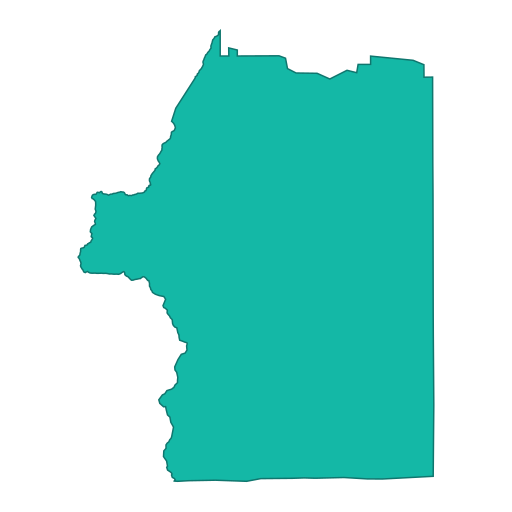 Josephine, Oregon, United States of America (Equal Earth projection)
{"feature_id": "52423323B30410916636748", "entity_name": "Josephine", "entity_type": "district", "adm_level": 2, "iso_a3": "USA", "parent_name": "United States of America", "parent_adm1": "Oregon", "projection": "equal_earth", "projection_center": [-123.844, 42.39], "detail": "fine", "context": "isolated", "style": "filled", "palette": "teal", "viewbox_px": 512, "rotation_deg": 0, "n_neighbors": 0, "source": "geoboundaries", "source_scale": "gbopen_adm2", "svg_char_len": 4887}
<svg xmlns="http://www.w3.org/2000/svg" viewBox="0 0 512 512"><path d="M174.2,481.0L174.5,481.1L177.7,481.3L188.6,480.7L215.4,480.2L218.3,480.3L246.6,481.3L260.8,478.6L292.3,478.3L304.3,477.9L307.5,478.0L314.5,478.2L315.8,478.2L343.9,477.5L367.2,478.9L382.2,479.0L433.2,476.3L433.8,405.0L433.3,334.4L433.2,312.0L433.2,308.9L433.0,195.1L432.8,163.0L432.6,77.1L424.0,77.2L423.9,64.7L413.1,60.3L370.6,56.1L370.6,64.4L358.1,64.4L356.7,72.7L347.0,70.3L329.8,79.0L317.1,73.3L296.1,73.0L287.5,68.6L285.5,58.2L279.0,55.8L237.3,56.0L237.3,50.0L228.7,47.9L228.8,56.0L220.2,56.0L220.2,30.7L220.0,30.9L219.0,31.6L218.5,32.8L218.6,34.5L217.8,35.4L216.3,36.4L215.0,36.7L214.4,37.8L213.8,38.8L212.8,39.8L212.4,41.2L212.0,43.0L211.4,44.5L210.9,46.0L211.0,48.2L209.9,49.6L209.2,51.0L208.0,52.2L207.4,53.1L206.7,54.3L205.8,54.8L205.3,56.0L204.9,57.1L204.2,58.4L204.1,59.2L203.7,60.0L203.4,60.6L203.1,61.3L203.0,62.3L203.1,63.0L203.4,63.6L203.4,64.6L202.8,65.9L202.4,66.8L201.9,67.5L201.5,68.5L201.2,68.7L200.8,69.2L199.9,70.1L199.3,70.8L198.9,72.3L198.2,73.4L197.6,73.7L197.2,74.2L197.3,74.7L197.2,75.4L196.4,76.0L195.2,76.9L195.3,77.6L195.0,78.3L182.5,97.8L175.8,108.2L171.6,121.3L172.5,122.1L173.7,123.4L174.7,125.3L175.3,127.3L175.3,128.3L174.7,129.2L174.4,130.3L173.5,131.0L172.3,131.5L171.4,132.3L171.4,133.0L171.2,134.9L170.6,136.4L170.5,137.9L169.8,139.0L168.8,139.7L168.0,140.4L166.9,141.2L165.7,142.5L164.6,142.9L163.8,143.3L162.9,143.9L162.1,144.9L162.0,146.4L162.2,147.0L162.1,147.8L161.9,148.9L161.9,150.1L160.9,151.6L160.4,152.6L159.6,153.9L158.5,155.1L157.5,156.7L157.4,157.6L157.4,158.8L157.9,160.1L158.2,160.9L159.2,162.3L159.9,163.7L159.1,165.0L158.0,165.8L157.5,166.8L156.7,167.8L156.2,168.2L155.1,169.0L155.1,170.2L154.6,170.8L153.6,172.0L152.3,173.5L151.8,174.3L151.0,175.5L150.7,177.1L150.0,178.0L149.5,178.7L149.4,180.3L149.6,181.3L150.0,182.0L150.4,183.1L150.3,183.9L150.7,184.4L150.5,185.2L149.7,185.3L149.1,185.5L148.7,186.1L148.9,186.4L148.5,187.3L147.0,187.7L146.5,188.5L146.5,189.1L146.3,189.8L145.9,190.6L144.9,191.0L144.4,192.1L143.5,192.5L142.4,193.0L141.1,193.1L139.5,193.3L137.8,193.2L136.3,194.2L134.9,194.4L133.8,194.9L132.6,195.0L131.6,195.6L129.7,195.4L128.5,195.7L127.4,195.2L127.3,194.9L126.6,194.8L125.5,194.7L124.8,193.5L124.4,192.7L123.5,192.1L122.4,192.0L120.7,191.7L119.6,192.2L118.1,192.4L116.3,193.1L115.4,193.3L114.1,193.4L113.2,193.5L112.2,194.1L110.4,194.2L108.6,195.2L107.5,194.6L106.7,194.3L105.6,194.1L103.6,193.9L102.3,193.3L102.1,192.4L101.9,191.9L101.3,191.5L100.7,191.6L100.0,192.2L99.3,192.7L99.0,192.5L97.3,192.3L96.7,193.1L96.4,193.8L95.9,194.3L94.5,194.3L93.2,194.6L92.3,195.4L91.6,197.4L92.2,198.6L93.1,198.8L94.3,199.9L95.6,201.6L95.7,205.2L95.2,209.1L96.0,211.4L95.4,213.6L94.6,214.0L93.9,215.5L95.2,217.4L95.9,218.4L95.3,219.6L94.9,220.1L94.6,221.6L95.2,222.9L95.4,224.4L93.8,225.3L91.7,226.9L90.6,229.4L90.3,231.8L91.9,233.6L91.5,235.1L91.2,236.7L91.7,237.2L92.3,237.4L92.6,238.4L92.2,239.3L91.2,240.8L90.6,242.4L89.3,242.7L88.7,243.5L87.7,243.8L87.0,245.0L85.8,245.3L85.0,245.4L84.6,246.3L84.2,247.4L82.9,247.9L81.9,248.1L80.8,248.5L80.6,249.7L80.6,251.5L80.4,252.3L80.1,253.2L80.0,254.0L79.9,254.9L78.8,256.2L78.4,256.5L78.2,257.5L79.1,258.4L79.5,259.2L80.1,260.8L80.7,262.0L81.0,263.6L80.5,265.8L81.0,267.2L81.5,267.9L82.0,268.9L82.9,269.9L83.4,271.1L84.0,272.1L85.3,272.6L85.8,272.2L87.5,271.5L88.6,272.3L90.1,273.0L92.1,273.2L95.2,273.1L96.6,273.3L98.5,273.3L101.5,273.2L103.3,273.4L105.5,273.3L107.2,273.5L109.5,274.0L111.2,273.9L114.0,274.2L116.7,274.1L118.7,274.3L120.7,273.5L121.7,272.7L122.8,272.0L123.8,271.6L124.6,272.4L124.9,274.7L126.3,276.0L128.1,276.8L129.9,278.8L131.4,280.2L132.2,280.2L133.2,280.1L134.9,279.5L137.9,279.0L138.8,278.7L139.8,278.6L140.3,278.6L141.3,277.8L142.9,276.7L144.4,276.9L146.3,278.5L147.0,279.6L148.0,280.6L148.8,280.6L149.5,283.3L149.5,286.2L150.4,287.7L150.8,289.5L152.0,291.0L152.5,292.4L155.3,294.2L159.2,295.6L163.8,296.5L165.6,299.2L163.8,303.7L163.0,305.6L163.7,307.5L165.2,308.2L167.3,310.1L167.1,312.9L168.1,314.4L169.5,315.9L170.4,317.8L172.2,319.6L172.6,323.7L173.4,325.5L174.9,327.1L176.8,327.8L177.8,332.6L178.9,334.9L179.1,337.5L179.7,340.2L182.8,341.3L184.7,342.1L186.2,342.5L187.1,343.0L187.2,343.9L186.6,345.9L186.8,348.2L187.0,350.0L185.1,353.1L181.3,354.3L178.0,359.5L174.7,366.9L175.0,370.0L176.7,372.3L177.8,377.4L177.5,380.3L177.5,382.7L175.1,384.9L173.8,387.6L172.7,388.2L171.6,389.2L169.4,389.8L166.9,390.6L164.8,393.8L162.4,394.9L158.8,399.8L159.8,403.4L163.6,406.8L165.6,406.6L166.3,410.1L167.5,414.9L169.9,417.1L170.8,422.2L173.5,427.1L172.9,430.4L171.7,436.5L171.1,438.3L169.7,439.8L168.8,441.9L167.3,443.0L166.0,444.9L166.0,448.4L163.8,450.9L163.5,456.6L166.6,461.0L167.5,466.2L166.7,467.3L167.6,470.1L170.2,471.8L171.3,472.7L172.0,474.0L171.5,475.0L172.3,477.4L174.4,478.5L175.2,479.8L174.4,480.7L174.2,481.0Z" fill="#14b8a6" stroke="#0f766e" stroke-width="1.5"/></svg>